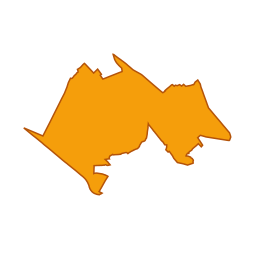 outline of Xaloztoc, Tlaxcala, Mexico, rotated 9°
{"feature_id": "50627088B11287751842327", "entity_name": "Xaloztoc", "entity_type": "district", "adm_level": 2, "iso_a3": "MEX", "parent_name": "Mexico", "parent_adm1": "Tlaxcala", "projection": "orthographic", "projection_center": [-98.026, 19.412], "detail": "fine", "context": "isolated", "style": "filled", "palette": "amber", "viewbox_px": 256, "rotation_deg": 9, "n_neighbors": 0, "source": "geoboundaries", "source_scale": "gbopen_adm2", "svg_char_len": 5684}
<svg xmlns="http://www.w3.org/2000/svg" viewBox="0 0 256 256"><g transform="rotate(9 128 128)"><path d="M25.1,144.2L25.5,144.5L34.8,150.0L36.4,150.9L37.9,151.7L39.3,152.5L41.2,153.6L42.2,154.2L46.3,156.6L46.9,157.1L49.3,158.5L52.8,160.5L56.5,162.7L59.4,164.5L62.3,166.2L68.2,169.8L71.1,171.5L73.9,173.0L74.1,173.2L76.4,174.5L83.4,178.5L86.0,180.1L88.6,181.7L89.6,182.3L90.6,182.8L91.5,183.4L93.1,184.5L93.8,185.1L94.7,185.9L95.3,186.6L96.0,187.4L96.4,187.8L96.8,188.4L98.1,190.4L98.5,191.1L98.8,191.9L99.1,192.6L99.9,193.9L100.1,194.3L100.4,194.6L101.1,195.4L101.5,195.7L102.0,196.2L102.5,196.6L103.0,196.9L103.7,197.3L104.1,197.5L104.6,197.7L105.2,197.9L106.2,198.1L106.6,198.2L107.2,198.3L107.8,198.4L108.6,198.4L109.8,198.4L110.1,198.4L110.2,198.2L110.3,198.1L110.6,197.9L110.9,197.7L111.2,197.5L111.4,197.4L111.6,197.3L111.7,197.2L111.8,197.1L112.1,196.8L112.4,196.6L112.5,196.5L112.6,196.4L110.7,195.8L110.0,195.5L109.4,195.3L110.1,193.5L110.4,192.6L110.8,191.7L111.5,189.8L112.3,187.6L113.7,183.8L114.1,182.8L114.8,181.2L115.1,180.5L115.4,179.8L115.7,179.2L115.8,178.9L115.4,178.7L115.1,178.6L114.5,178.4L114.2,178.3L113.8,178.2L113.5,178.2L113.3,178.2L112.9,178.1L112.6,177.8L112.3,177.8L111.6,177.8L111.3,177.7L110.9,177.6L110.4,177.5L109.8,177.4L109.2,177.4L108.9,177.4L107.9,177.4L107.4,177.4L106.2,177.4L104.7,177.4L104.4,177.4L103.6,177.5L103.2,177.6L101.7,178.1L101.4,178.3L101.2,176.8L101.0,175.3L100.7,172.9L100.6,171.8L100.5,171.4L100.5,171.0L100.4,170.5L101.3,170.3L101.9,170.2L103.0,169.9L104.2,169.7L105.8,169.4L106.5,169.2L107.0,169.2L107.9,169.0L109.1,168.7L109.6,168.5L109.9,168.5L110.4,168.4L110.6,168.4L111.4,167.8L111.6,167.7L113.2,168.2L113.4,168.2L114.1,168.0L114.5,167.9L116.1,167.2L115.8,166.9L114.6,165.9L114.2,165.6L113.7,165.0L112.6,164.2L112.2,163.9L110.4,162.6L113.8,161.5L114.3,161.4L114.5,161.4L114.4,161.2L114.2,160.8L114.1,160.4L114.1,160.2L114.3,159.1L114.4,158.9L114.4,158.6L115.7,157.5L117.0,156.5L117.2,156.8L117.4,156.9L119.3,156.4L121.2,156.0L123.4,155.5L123.8,155.3L124.9,155.1L124.9,154.9L125.1,154.7L125.8,154.2L126.1,154.0L126.7,153.8L127.7,153.4L127.9,153.3L128.4,153.1L129.1,152.8L129.3,152.7L130.1,152.5L130.3,152.5L130.6,152.6L130.8,152.6L131.0,152.7L131.7,153.2L131.8,153.3L132.0,153.2L132.6,152.5L133.1,152.0L133.9,151.4L134.3,151.0L136.7,149.2L136.7,149.3L138.5,148.0L139.2,147.6L139.8,147.3L140.3,147.1L140.5,146.9L140.7,146.7L141.1,146.2L141.5,145.7L141.8,145.0L142.1,144.6L142.1,144.4L142.2,144.0L142.2,143.6L142.2,143.4L143.0,141.5L143.1,141.1L143.7,140.0L144.0,139.6L144.2,139.3L144.6,139.1L145.3,138.9L145.8,138.6L146.5,138.1L146.8,137.7L147.1,136.9L147.2,136.5L147.2,136.2L147.3,135.9L147.5,135.5L147.8,135.1L147.9,131.4L147.7,128.3L147.7,124.6L147.5,123.3L147.5,122.2L147.4,120.7L147.9,121.4L152.0,125.1L153.8,126.9L155.2,128.0L155.3,128.2L157.0,129.7L158.5,131.1L160.0,132.5L160.3,132.7L161.7,134.0L162.0,134.4L163.3,135.4L163.8,135.8L165.1,136.6L165.3,137.0L166.9,138.8L167.6,138.8L168.9,138.6L169.2,141.0L168.9,143.3L168.8,143.6L171.4,145.5L172.3,144.6L172.9,145.1L173.4,145.6L174.2,146.4L175.0,147.2L175.9,148.1L176.6,148.9L177.3,149.9L178.1,150.9L182.2,154.4L187.9,154.7L192.6,155.3L197.8,152.6L197.8,152.1L197.6,151.6L197.5,151.4L197.5,151.2L197.5,150.7L197.5,150.4L197.6,150.2L197.6,149.8L197.5,149.5L197.4,149.3L196.9,149.0L196.7,148.7L196.5,148.4L196.3,148.2L196.0,148.0L195.7,148.0L195.3,147.8L195.0,147.6L194.8,147.5L194.6,147.3L194.4,147.1L194.2,147.0L194.2,146.9L193.6,146.8L193.3,146.7L193.0,146.7L192.8,146.6L192.3,146.5L192.0,146.5L191.7,146.4L191.1,146.4L190.3,146.5L189.7,146.5L189.8,145.7L190.6,143.9L191.1,143.6L191.4,143.7L191.6,143.7L191.9,143.7L192.0,143.7L192.1,143.4L191.7,142.7L192.0,142.5L192.6,141.5L193.0,141.2L193.4,140.8L193.8,140.5L194.6,139.6L194.8,138.9L194.9,138.6L195.4,138.0L196.2,137.0L198.2,134.8L199.9,132.5L201.0,133.4L201.5,133.7L203.2,135.0L203.3,135.1L204.1,133.9L204.4,133.3L198.4,126.7L198.7,126.5L198.8,126.1L200.4,124.1L200.6,123.9L205.0,124.4L206.4,124.6L206.9,124.6L210.0,124.6L217.5,124.6L226.6,124.6L229.0,124.6L229.7,124.5L229.9,124.5L230.0,124.4L230.2,124.2L230.4,123.4L230.5,122.9L230.8,121.3L230.8,121.1L230.9,120.9L230.5,119.8L229.9,118.6L229.0,116.9L227.4,115.5L224.4,112.9L224.2,112.7L221.7,110.6L218.2,107.5L214.8,104.6L211.4,101.7L208.0,98.7L204.4,95.6L202.5,92.2L201.2,89.8L200.2,88.0L197.8,83.7L195.5,79.4L193.7,76.3L192.5,73.3L189.4,69.7L187.1,72.2L186.2,74.8L185.9,75.0L185.6,74.9L183.1,76.2L178.5,77.8L176.1,76.2L174.4,78.2L172.2,77.1L170.0,78.5L168.1,78.3L167.1,79.5L165.1,78.2L164.3,78.6L162.6,80.7L160.6,82.9L158.7,85.2L159.0,85.5L157.8,86.9L157.0,87.6L156.8,87.7L154.5,86.4L146.3,81.4L144.2,80.1L139.2,77.0L137.0,75.6L136.2,75.1L135.1,74.4L133.1,73.2L132.6,73.0L132.1,72.8L131.1,72.4L127.2,71.0L124.2,69.9L123.3,69.4L120.6,67.7L117.9,66.1L116.6,65.2L115.2,64.4L112.2,62.8L111.3,62.4L110.5,61.9L107.2,60.3L104.6,58.9L102.5,57.7L102.1,57.6L101.8,57.6L102.9,59.9L104.0,62.2L104.1,62.4L105.2,63.9L106.3,65.2L107.4,66.2L108.2,66.8L109.0,67.5L112.4,69.9L112.8,71.2L113.2,72.4L113.3,72.6L113.3,72.8L113.3,73.2L113.1,73.3L110.1,75.0L104.7,78.2L102.3,79.6L98.3,82.0L95.5,83.6L92.3,80.2L92.7,79.7L93.3,79.1L88.8,74.6L85.5,79.1L75.8,71.6L74.8,71.0L73.7,72.3L71.9,75.1L70.9,76.3L69.9,77.1L69.2,77.8L68.9,78.0L69.3,78.8L69.6,79.1L69.7,79.6L69.8,80.0L69.9,80.6L69.7,80.9L69.3,81.2L68.9,81.5L68.6,82.0L68.4,82.4L68.2,83.0L67.6,83.7L67.2,84.1L66.9,84.4L66.7,84.7L66.5,85.1L66.4,85.4L66.2,85.9L65.7,86.6L65.4,87.2L65.1,87.6L64.7,87.8L64.3,87.9L63.8,87.8L63.5,87.9L63.4,87.9L62.0,92.5L61.3,97.2L59.8,103.7L57.8,109.7L55.9,115.8L53.8,122.4L49.5,136.0L47.3,142.7L45.5,148.2L45.2,149.2L37.6,147.3L25.1,144.2Z" fill="#f59e0b" stroke="#b45309" stroke-width="1.5"/></g></svg>